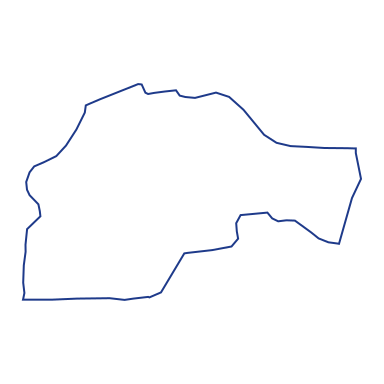 Wadi Salih, Central Darfur, Sudan (Mercator projection)
{"feature_id": "16777658B39916742993759", "entity_name": "Wadi Salih", "entity_type": "district", "adm_level": 2, "iso_a3": "SDN", "parent_name": "Sudan", "parent_adm1": "Central Darfur", "projection": "mercator", "projection_center": [23.346, 12.417], "detail": "fine", "context": "isolated", "style": "outline", "palette": "blue", "viewbox_px": 384, "rotation_deg": 0, "n_neighbors": 0, "source": "geoboundaries", "source_scale": "gbopen_adm2", "svg_char_len": 1092}
<svg xmlns="http://www.w3.org/2000/svg" viewBox="0 0 384 384"><path d="M85.8,105.4L84.8,112.6L76.4,129.5L66.0,145.6L56.3,156.1L44.1,162.1L34.2,166.4L29.6,172.3L26.2,182.0L27.0,189.7L29.6,195.2L38.4,204.3L39.8,211.1L40.4,216.3L27.1,229.1L25.5,244.7L25.6,251.8L23.8,265.3L23.2,282.7L24.4,293.0L23.2,298.9L23.0,299.7L24.2,299.7L35.3,299.7L51.3,299.7L77.1,298.6L109.6,298.2L124.6,299.9L133.4,298.6L148.2,296.9L149.4,297.4L161.0,292.4L184.3,253.4L187.5,252.9L212.2,250.1L231.5,246.5L238.1,238.7L236.8,231.3L236.2,223.2L240.6,215.1L267.4,212.6L272.2,218.4L278.2,221.3L286.4,220.3L294.9,220.6L311.0,232.3L318.6,238.4L328.4,242.3L334.4,243.1L337.3,243.5L339.0,243.8L352.0,198.0L361.0,178.9L358.7,167.4L355.8,153.0L355.8,150.5L355.8,148.7L355.8,148.4L353.8,148.4L347.5,148.2L347.1,148.2L324.5,148.0L306.7,146.9L290.6,146.1L276.5,142.8L264.1,134.8L243.5,109.8L229.1,96.9L216.0,92.6L195.0,97.9L185.3,97.0L179.7,95.6L176.0,90.3L164.9,91.5L154.2,92.9L148.1,94.0L145.4,92.7L141.7,84.5L141.0,84.4L140.5,84.3L138.1,84.1L100.2,99.2L90.8,103.2L85.8,105.4Z" fill="none" stroke="#1e3a8a" stroke-width="2"/></svg>